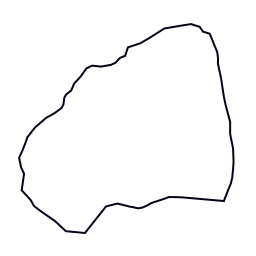 Ouara, Ouaddaï, Chad, rotated 273°
{"feature_id": "50815135B92277339053304", "entity_name": "Ouara", "entity_type": "district", "adm_level": 2, "iso_a3": "TCD", "parent_name": "Chad", "parent_adm1": "Ouaddaï", "projection": "natural_earth1", "projection_center": [20.732, 13.712], "detail": "fine", "context": "isolated", "style": "outline", "palette": "ink", "viewbox_px": 256, "rotation_deg": 273, "n_neighbors": 0, "source": "geoboundaries", "source_scale": "gbopen_adm2", "svg_char_len": 1153}
<svg xmlns="http://www.w3.org/2000/svg" viewBox="0 0 256 256"><g transform="rotate(273 128 128)"><path d="M60.1,227.6L60.3,227.6L71.8,231.4L74.8,232.5L78.0,233.6L83.9,234.7L93.4,235.1L99.8,235.2L113.0,234.0L127.5,230.3L139.3,229.7L156.4,224.2L163.8,222.2L182.7,218.3L197.2,214.4L202.2,214.3L208.5,213.1L218.3,208.5L226.4,204.7L228.2,197.8L232.8,194.3L235.1,185.3L229.3,159.1L219.6,145.5L213.3,135.9L208.5,123.7L200.0,121.4L197.5,116.2L192.6,112.2L190.2,107.8L187.9,97.7L188.4,89.0L185.4,83.4L176.9,78.0L171.1,73.2L169.6,71.9L167.3,71.1L162.4,69.3L158.3,64.5L158.1,64.4L157.3,64.0L154.9,62.8L148.1,62.3L144.6,60.6L139.0,53.9L133.9,45.8L123.8,35.2L113.5,28.0L107.2,26.2L99.9,23.7L92.6,20.8L83.1,23.3L76.9,26.6L60.2,25.1L51.2,34.4L45.1,38.3L41.0,44.3L38.0,49.0L33.4,56.5L31.3,59.9L21.8,71.2L21.7,71.4L20.9,90.5L43.5,106.6L47.6,109.5L48.5,110.1L51.7,120.4L52.0,121.3L49.9,132.2L49.5,134.0L49.5,134.8L49.2,137.2L48.6,140.5L48.4,142.8L49.0,145.4L49.5,147.1L50.7,149.3L52.1,152.1L53.3,153.8L54.3,155.3L58.3,165.6L59.3,168.1L59.5,168.6L61.2,172.5L61.6,183.0L61.6,184.2L61.6,184.8L60.1,227.4L60.1,227.6Z" fill="none" stroke="#020617" stroke-width="2"/></g></svg>